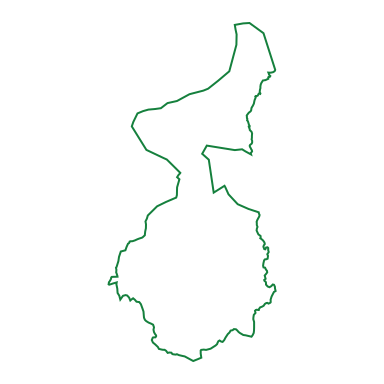 Bayo, Borno, Nigeria
{"feature_id": "59680162B41297071563530", "entity_name": "Bayo", "entity_type": "district", "adm_level": 2, "iso_a3": "NGA", "parent_name": "Nigeria", "parent_adm1": "Borno", "projection": "robinson", "projection_center": [11.717, 10.466], "detail": "fine", "context": "isolated", "style": "outline", "palette": "green", "viewbox_px": 384, "rotation_deg": 0, "n_neighbors": 0, "source": "geoboundaries", "source_scale": "gbopen_adm2", "svg_char_len": 4635}
<svg xmlns="http://www.w3.org/2000/svg" viewBox="0 0 384 384"><path d="M234.8,24.9L235.6,29.7L236.6,34.4L236.4,44.8L229.3,71.3L218.2,80.7L208.1,88.7L203.4,90.6L189.5,94.2L177.0,101.0L167.5,103.1L160.9,108.2L155.2,109.0L148.4,109.6L143.1,111.1L137.5,113.4L133.3,122.0L131.8,126.4L146.4,149.9L163.9,158.2L166.8,159.5L176.2,168.8L180.3,172.9L179.9,173.5L178.5,175.0L177.1,177.2L179.4,179.3L177.1,187.3L177.0,190.4L176.9,195.1L176.2,197.6L173.1,198.9L166.1,201.9L157.1,206.3L147.8,215.5L146.9,218.6L145.5,221.4L146.0,224.4L145.9,228.3L145.2,231.5L144.8,235.3L142.4,237.5L141.0,238.0L139.4,238.5L138.6,238.8L137.3,239.3L134.9,240.4L132.5,241.2L130.3,241.3L129.6,241.6L129.5,242.3L128.9,243.2L128.0,243.7L126.5,247.1L125.4,250.3L120.8,251.5L119.0,256.9L118.4,261.1L116.6,266.9L116.0,267.7L116.4,269.8L116.2,272.5L116.7,273.7L117.0,274.7L117.4,275.9L117.5,276.7L114.5,276.8L114.0,276.8L111.8,276.9L111.2,277.5L111.2,277.9L111.0,278.8L110.5,279.9L110.1,280.5L109.8,281.1L109.5,281.6L109.1,282.0L108.9,282.4L108.9,282.6L108.8,283.1L108.7,284.0L108.6,284.5L108.4,285.1L108.6,284.9L109.1,284.7L110.5,284.3L111.5,284.0L112.6,283.6L113.6,283.3L115.4,282.8L116.7,282.4L116.4,284.3L117.3,288.7L117.5,291.8L117.6,293.0L119.3,295.7L120.3,299.6L123.0,295.8L125.6,295.1L127.2,295.5L129.1,297.6L130.3,300.5L131.3,299.6L133.1,298.3L134.9,299.8L136.5,301.7L139.3,302.1L140.9,304.2L142.5,308.6L143.5,311.6L143.8,315.6L144.0,317.7L144.9,319.8L146.2,321.1L148.6,322.6L151.0,323.6L153.1,324.7L154.0,327.3L153.5,329.7L154.0,332.1L154.9,333.8L156.1,335.4L156.1,336.4L155.4,337.3L154.0,337.3L152.8,337.6L151.8,340.0L152.9,342.5L155.3,344.5L157.9,347.0L158.9,348.9L161.8,349.6L163.0,349.8L164.6,349.8L166.2,350.9L167.1,352.2L167.7,352.9L169.2,352.5L171.4,352.7L172.4,354.1L173.9,354.4L175.9,354.6L176.9,354.2L178.0,354.7L178.9,355.1L182.7,356.0L184.7,356.4L193.2,361.0L197.5,359.3L201.3,357.7L200.7,353.6L200.7,352.2L200.7,350.5L201.2,349.9L203.7,349.6L206.1,349.9L210.6,348.7L213.7,346.7L215.6,345.5L217.1,344.1L217.6,342.7L218.4,341.2L219.6,340.5L221.2,341.6L222.6,341.9L224.2,340.1L225.5,337.6L226.7,335.8L227.8,334.1L229.5,332.5L230.6,330.6L232.6,330.2L233.9,329.1L236.0,329.3L237.2,330.4L238.6,332.0L239.9,333.0L241.6,334.0L243.3,335.0L245.6,335.3L251.5,336.7L252.6,335.2L253.7,333.0L254.0,330.7L254.1,327.7L254.1,324.2L254.1,321.9L253.3,319.2L253.4,317.5L253.8,314.9L255.5,312.9L255.0,310.8L255.8,310.0L256.9,309.7L258.1,310.0L258.8,310.0L259.0,309.0L260.1,307.4L262.0,306.7L263.6,305.8L264.9,303.9L266.4,303.0L267.5,302.9L268.4,303.6L269.7,303.1L270.6,302.4L270.7,301.5L270.6,299.7L271.6,296.5L273.9,292.0L275.6,291.0L275.0,288.4L274.9,286.7L274.0,284.8L272.8,284.5L271.2,286.2L269.5,287.2L267.7,286.5L266.0,284.6L266.0,282.8L265.6,281.7L264.5,280.9L264.2,280.0L265.6,278.8L264.7,275.5L266.0,274.0L267.2,272.4L267.0,270.9L265.9,269.5L265.1,267.7L263.5,267.4L263.1,265.8L263.4,263.4L264.1,260.4L264.9,259.4L266.5,259.2L267.6,258.7L268.0,255.9L267.3,254.2L268.2,252.9L268.7,252.0L268.2,250.2L268.2,248.0L267.5,247.3L266.1,247.5L265.3,249.3L264.3,249.1L263.4,246.8L263.8,245.4L264.8,244.0L264.4,242.4L263.1,240.5L261.4,239.0L260.3,238.3L260.7,237.3L260.5,235.9L258.4,234.4L257.5,232.5L256.6,230.5L256.9,228.5L257.5,226.9L256.8,225.0L256.8,222.8L256.6,221.9L257.3,220.0L257.9,218.9L259.2,216.5L259.6,215.0L258.9,213.5L258.7,212.3L248.6,209.0L237.7,204.2L228.5,194.3L225.3,187.2L224.5,185.8L213.7,192.6L208.8,159.7L202.2,153.8L206.8,145.6L234.8,150.1L242.1,149.3L245.3,151.3L251.1,154.5L250.7,153.0L251.6,152.1L252.1,151.3L251.8,150.1L251.3,149.4L251.0,148.8L250.8,148.3L250.4,147.6L249.9,146.7L249.7,145.8L250.1,144.9L250.9,144.3L251.8,143.5L252.2,142.2L252.1,140.6L251.6,139.3L251.9,138.0L251.9,135.9L252.1,133.5L251.6,131.9L250.8,131.0L250.2,130.5L249.8,130.0L249.8,129.2L249.4,128.6L249.3,127.6L248.9,127.1L248.8,126.7L249.6,126.6L249.7,126.0L249.0,124.9L247.9,121.2L247.1,120.4L247.3,119.4L247.3,118.7L247.0,118.3L246.9,117.6L246.9,116.5L246.7,115.7L247.1,114.9L247.6,114.3L248.1,113.6L248.9,112.6L249.9,111.9L250.7,111.2L251.2,110.2L251.3,109.2L251.5,108.0L252.1,106.9L252.7,106.0L253.5,104.4L253.9,103.5L254.2,101.9L254.6,100.1L255.2,98.7L255.7,97.4L255.3,96.5L255.8,96.0L256.7,96.0L257.6,95.7L258.2,94.8L258.7,93.7L259.3,93.5L260.2,93.9L260.4,93.4L259.7,92.2L259.8,90.9L260.0,89.6L260.4,88.2L260.4,86.5L260.7,84.6L261.4,82.9L262.1,81.8L262.9,80.5L263.8,80.4L264.7,80.2L265.6,80.1L266.6,79.5L267.5,79.2L268.3,78.8L268.2,77.6L268.5,77.0L269.7,76.9L270.3,76.0L269.4,75.1L269.0,74.5L268.8,73.5L268.4,72.6L270.6,72.7L273.0,72.2L274.3,71.4L275.0,70.6L275.2,69.8L263.5,33.2L249.5,23.0L243.2,23.4L234.8,24.9Z" fill="none" stroke="#15803d" stroke-width="2"/></svg>